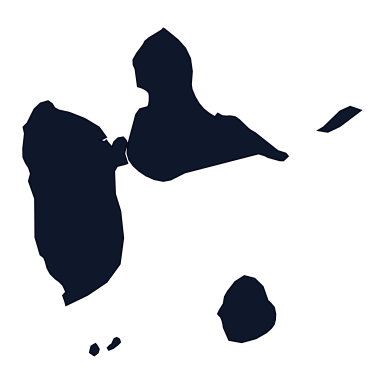 an SVG outline of Guadeloupe
{"feature_id": "FRA-4603", "entity_name": "Guadeloupe", "entity_type": "Overseas department", "adm_level": 1, "iso_a3": "FRA", "parent_name": "France", "parent_adm1": "", "projection": "natural_earth1", "projection_center": [-61.48, 16.18], "detail": "fine", "context": "isolated", "style": "filled", "palette": "ink", "viewbox_px": 384, "rotation_deg": 0, "n_neighbors": 0, "source": "natural_earth", "source_scale": "10m", "svg_char_len": 2161}
<svg xmlns="http://www.w3.org/2000/svg" viewBox="0 0 384 384"><path d="M125.9,140.2L127.0,142.6L124.4,153.6L127.5,163.3L124.7,164.3L117.1,166.2L114.3,171.2L115.2,194.0L120.5,211.2L123.4,238.0L119.9,264.0L106.8,282.0L87.5,295.0L66.0,305.4L65.3,302.5L62.9,295.4L66.0,292.0L63.0,285.4L59.4,281.7L55.1,278.5L50.2,273.6L47.1,267.8L45.7,262.1L43.9,257.5L40.3,254.8L35.2,237.4L34.9,198.7L28.7,181.1L30.7,173.7L28.8,167.8L25.5,162.5L23.2,157.3L23.0,148.9L24.7,133.5L23.3,127.1L27.3,123.1L34.3,109.1L40.4,103.3L48.1,101.0L52.0,103.8L54.7,108.1L58.9,110.3L69.4,112.6L84.8,118.7L99.1,127.3L106.3,137.2L100.3,140.2L103.8,141.8L104.4,142.3L104.5,141.8L106.3,140.2L107.6,142.1L112.0,147.2L114.0,141.9L118.0,138.1L123.3,137.2L125.9,140.2ZM129.1,140.3L129.1,140.2L136.0,114.5L139.9,109.0L147.7,106.9L148.7,105.2L149.4,101.1L149.5,96.5L149.1,93.2L147.4,91.0L144.5,89.0L141.0,87.4L137.7,86.5L135.3,69.0L133.4,64.6L133.2,59.8L136.8,53.4L143.4,44.5L145.1,41.2L149.1,37.9L162.0,30.0L163.2,28.4L164.5,29.0L178.1,40.1L185.4,48.4L190.3,58.5L192.1,71.4L191.1,84.3L191.8,89.2L195.0,96.9L199.1,103.8L203.6,109.1L208.9,113.3L214.9,117.0L217.8,113.4L222.1,115.9L226.2,116.3L230.4,116.1L235.2,117.0L239.2,119.8L248.3,128.6L250.7,130.4L255.1,132.9L277.8,150.9L285.8,153.4L288.1,156.2L283.4,160.6L279.9,160.5L268.2,157.3L265.0,155.6L258.5,153.6L184.8,172.6L170.7,179.7L163.3,181.1L154.3,179.3L146.1,175.7L139.0,170.9L133.4,165.8L129.1,159.8L127.3,153.7L127.5,147.3L129.1,140.3ZM275.5,313.8L275.2,319.9L273.9,324.4L271.2,328.2L266.4,332.5L255.9,338.5L241.7,342.4L229.0,340.1L223.5,327.4L223.1,324.1L222.1,320.2L220.7,316.9L219.1,315.5L217.8,313.9L219.5,310.3L223.5,303.8L224.7,296.7L227.7,291.4L235.2,281.7L244.4,275.9L254.6,278.5L262.9,286.6L267.8,300.6L270.9,303.5L274.1,307.4L275.5,313.8ZM361.0,110.3L339.8,126.3L327.8,132.0L318.2,130.4L323.7,127.1L340.1,111.2L350.2,106.6L361.0,110.3ZM95.4,343.7L96.9,345.4L99.0,349.2L97.8,353.0L94.2,355.6L89.7,352.5L91.2,346.2L95.4,343.7ZM119.7,340.2L119.9,341.0L120.3,342.1L118.0,344.5L113.1,348.3L108.8,350.0L107.5,347.8L109.7,345.5L111.9,344.0L114.1,339.0L116.6,337.7L119.1,338.9L119.7,340.2Z" fill="#0f172a" stroke="#020617" stroke-width="1.5"/></svg>